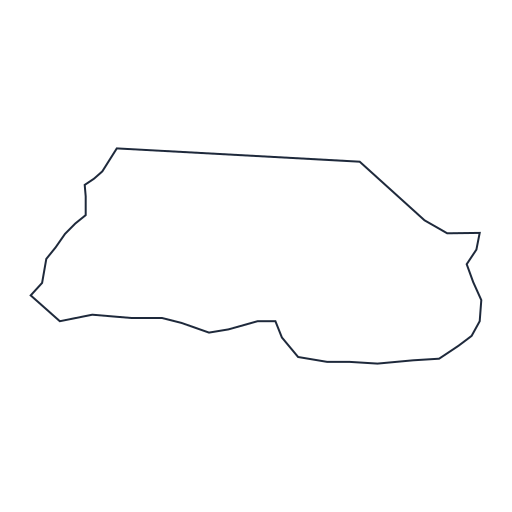 Pano Dikomo, Cyprus
{"feature_id": "46923920B27145570377181", "entity_name": "Pano Dikomo", "entity_type": "district", "adm_level": 2, "iso_a3": "CYP", "parent_name": "Cyprus", "parent_adm1": "", "projection": "mercator", "projection_center": [33.32, 35.282], "detail": "fine", "context": "isolated", "style": "outline", "palette": "slate", "viewbox_px": 512, "rotation_deg": 0, "n_neighbors": 0, "source": "geoboundaries", "source_scale": "gbopen_adm2", "svg_char_len": 594}
<svg xmlns="http://www.w3.org/2000/svg" viewBox="0 0 512 512"><path d="M30.7,295.4L59.8,321.2L92.3,314.7L131.2,318.0L162.0,318.0L181.4,322.9L209.0,332.6L228.4,329.4L257.6,321.2L275.4,321.2L281.9,337.5L298.1,357.0L327.3,361.9L350.0,361.9L377.5,363.6L413.2,360.3L439.1,358.7L458.6,345.7L471.6,335.9L479.7,321.2L481.3,300.1L473.2,282.1L466.7,264.2L476.4,249.6L479.7,232.9L447.2,233.3L424.5,220.3L359.7,161.7L116.8,148.4L102.3,171.4L94.0,178.7L84.7,184.9L85.7,196.4L85.7,215.1L75.3,223.5L65.0,233.9L55.6,247.4L46.3,258.9L42.1,282.9L30.7,295.4Z" fill="none" stroke="#1e293b" stroke-width="2"/></svg>